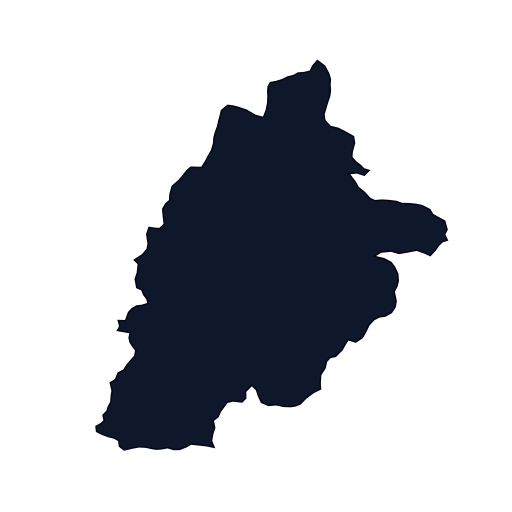 outline of Altair, São Paulo, Brazil, rotated 78°
{"feature_id": "56859067B81841390348635", "entity_name": "Altair", "entity_type": "district", "adm_level": 2, "iso_a3": "BRA", "parent_name": "Brazil", "parent_adm1": "São Paulo", "projection": "mercator", "projection_center": [-49.094, -20.533], "detail": "fine", "context": "isolated", "style": "filled", "palette": "ink", "viewbox_px": 512, "rotation_deg": 78, "n_neighbors": 0, "source": "geoboundaries", "source_scale": "gbopen_adm2", "svg_char_len": 2718}
<svg xmlns="http://www.w3.org/2000/svg" viewBox="0 0 512 512"><g transform="rotate(78 256 256)"><path d="M280.3,65.6L274.2,67.1L269.8,63.6L261.0,64.2L255.5,70.7L252.1,74.5L246.7,76.4L241.3,83.1L238.7,89.0L236.7,95.3L235.0,102.4L231.8,107.5L229.4,114.5L227.5,121.5L226.7,128.1L223.6,132.4L216.5,136.6L209.9,141.8L204.1,143.6L194.8,148.0L195.6,140.0L199.5,133.3L195.8,127.6L193.2,132.4L189.2,134.9L184.7,138.7L179.3,141.8L173.9,140.2L165.9,136.1L159.5,135.8L153.2,142.9L148.2,149.1L144.7,156.4L137.6,160.5L131.6,160.1L121.4,154.6L114.8,150.7L109.4,148.8L103.6,148.0L98.6,146.5L92.6,147.0L84.6,149.3L77.6,155.3L82.0,161.1L86.5,164.6L86.6,170.9L85.8,176.9L87.3,181.6L87.5,187.6L89.0,193.8L89.6,200.3L89.4,205.9L92.9,208.9L97.2,210.2L102.2,211.0L108.7,212.7L115.5,215.6L122.1,220.0L118.2,227.6L111.5,234.9L107.0,242.4L104.2,248.1L102.8,252.5L106.5,259.5L111.6,261.9L116.5,264.5L121.1,266.5L126.2,269.7L131.1,272.3L137.2,274.1L143.5,277.5L148.3,281.9L152.8,285.6L158.1,290.7L156.9,296.0L155.6,301.4L158.1,305.8L161.5,309.8L166.2,315.9L170.4,323.5L177.6,327.2L183.7,328.9L186.3,333.6L190.7,337.5L197.5,338.3L205.8,339.1L209.2,344.6L207.8,349.5L205.8,354.7L211.9,358.3L221.4,358.9L226.5,360.9L231.1,366.7L234.6,375.8L239.2,372.7L247.7,375.5L253.5,378.9L262.1,379.2L265.4,374.7L270.3,373.9L275.4,371.6L280.0,371.4L280.6,377.9L280.1,383.1L281.7,388.2L284.7,392.4L292.2,397.1L290.5,404.1L296.6,403.8L300.0,407.0L302.4,401.0L304.9,395.0L309.7,397.1L314.1,397.1L318.3,395.5L323.3,393.2L328.6,395.3L332.8,401.0L335.6,404.7L340.1,409.1L341.8,415.2L347.7,419.2L349.7,424.9L357.7,424.7L363.3,426.8L368.7,428.3L372.6,431.7L376.7,434.0L379.9,438.7L385.7,438.8L388.1,443.3L389.4,447.9L394.5,448.4L398.1,443.9L401.8,438.2L404.4,432.8L408.0,428.6L413.7,429.1L418.3,425.4L418.1,416.9L418.3,410.1L420.1,403.3L422.3,398.6L424.2,393.8L424.9,388.8L425.1,382.3L428.1,376.8L429.3,370.9L428.1,363.9L426.4,358.6L429.8,348.3L431.5,343.2L434.4,336.8L427.6,338.0L421.0,335.4L415.3,332.1L408.0,332.1L405.4,326.6L400.7,323.2L393.1,314.7L393.0,308.4L395.9,300.1L393.0,295.7L386.4,294.4L381.6,287.1L386.9,283.4L393.7,282.6L400.3,281.1L404.7,274.9L405.7,267.1L408.8,260.3L410.5,253.3L410.8,248.6L410.0,243.6L405.4,236.7L401.5,228.3L399.5,220.5L394.0,219.8L385.7,217.5L379.9,211.7L374.0,209.1L370.7,204.7L370.7,199.0L365.6,191.2L360.4,186.7L357.0,183.2L360.9,176.4L358.0,169.1L353.5,164.9L347.1,160.0L342.9,154.1L341.2,148.3L341.6,142.1L339.5,135.3L334.6,130.4L329.2,128.3L319.5,128.3L314.8,124.4L309.8,122.0L303.0,121.1L295.6,122.8L290.3,125.3L285.4,131.2L280.9,140.5L278.1,133.0L279.3,122.8L283.2,115.6L283.5,107.5L283.7,97.6L288.1,90.4L291.8,85.5L287.3,79.2L283.7,75.4L280.8,70.9L280.3,65.6Z" fill="#0f172a" stroke="#020617" stroke-width="1.5"/></g></svg>